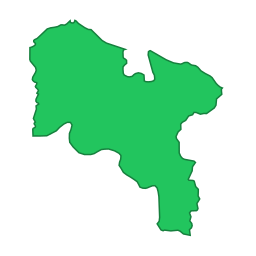 map outline of Aberdeenshire (Mercator projection), rotated 268°
{"feature_id": "GBR-2013", "entity_name": "Aberdeenshire", "entity_type": "Unitary District", "adm_level": 1, "iso_a3": "GBR", "parent_name": "United Kingdom", "parent_adm1": "", "projection": "mercator", "projection_center": [-2.632, 57.223], "detail": "fine", "context": "isolated", "style": "filled", "palette": "green", "viewbox_px": 256, "rotation_deg": 268, "n_neighbors": 0, "source": "natural_earth", "source_scale": "10m", "svg_char_len": 2950}
<svg xmlns="http://www.w3.org/2000/svg" viewBox="0 0 256 256"><g transform="rotate(268 128 128)"><path d="M123.3,32.8L130.1,32.8L130.9,33.2L131.9,35.2L133.0,35.6L134.2,35.2L135.1,34.5L136.0,34.4L137.1,35.6L140.8,33.8L150.0,37.1L153.3,36.9L155.0,39.6L155.9,39.3L156.7,37.8L158.1,36.9L160.0,37.1L165.0,39.7L165.8,38.2L166.7,38.5L167.6,39.4L168.8,39.7L170.0,39.0L171.9,37.2L172.8,36.9L174.9,38.2L176.2,38.5L176.8,37.6L177.1,36.4L177.9,35.4L178.9,34.5L179.8,34.1L182.1,34.6L186.8,37.5L189.0,38.3L191.8,37.7L198.2,32.8L199.9,32.3L211.8,32.8L211.9,33.5L212.5,35.3L213.4,37.1L214.4,38.3L215.7,38.4L217.5,36.8L218.8,36.9L219.5,37.7L220.7,40.4L229.8,50.7L230.8,54.1L231.2,57.8L231.8,61.3L233.4,64.5L233.4,65.7L233.0,68.2L234.1,70.4L237.2,73.9L235.6,74.1L234.9,75.6L235.0,77.3L236.0,78.2L237.4,78.7L236.7,79.9L234.2,82.1L229.8,88.2L227.9,91.7L227.6,94.5L216.4,105.1L213.6,109.4L206.7,127.9L206.3,126.4L206.0,126.1L204.1,125.6L201.8,125.6L200.5,125.6L199.1,125.6L197.9,126.1L196.9,127.7L195.7,128.9L194.3,128.9L192.7,128.9L191.1,126.8L189.3,125.2L186.8,125.0L182.8,125.2L181.0,126.1L180.0,128.0L179.3,129.3L179.0,131.2L179.5,134.1L180.9,135.5L182.1,137.3L182.8,140.3L182.0,143.3L180.4,145.8L177.1,145.9L174.5,145.9L173.7,147.4L173.4,149.8L173.6,153.0L174.3,155.3L175.7,156.4L177.2,156.4L179.9,156.2L182.8,154.8L185.9,154.1L189.6,153.2L192.7,152.5L197.4,151.4L200.3,150.7L203.5,151.1L204.2,152.0L204.5,152.8L204.5,153.0L194.8,168.6L191.5,175.7L190.0,182.8L190.4,184.4L191.0,185.6L191.5,187.1L191.5,189.5L191.0,190.6L189.0,193.2L188.6,194.2L187.9,197.7L186.3,199.9L182.6,202.9L179.8,207.0L177.2,211.7L175.4,213.8L169.5,217.6L167.6,219.3L165.7,221.5L164.7,223.7L163.6,222.7L161.5,222.7L158.4,222.9L154.0,217.5L147.7,216.7L145.0,214.9L139.7,207.0L139.9,204.4L139.3,200.8L141.1,196.8L141.3,194.5L139.0,193.0L137.9,189.0L133.6,185.9L131.8,182.4L130.0,180.8L124.8,180.8L122.3,177.9L117.8,175.7L115.6,176.1L111.9,178.6L101.3,178.3L97.8,179.7L95.7,181.4L94.7,183.4L92.6,192.8L91.2,194.2L87.0,191.1L82.9,190.6L74.6,186.4L73.7,187.0L73.3,191.1L72.6,192.3L67.1,193.6L64.3,196.1L61.7,196.0L57.6,195.7L54.6,197.2L50.1,194.2L45.1,195.1L43.7,194.5L43.0,193.6L43.0,188.2L41.0,186.5L37.1,187.8L33.0,186.5L30.3,188.4L28.1,188.7L26.0,187.9L24.3,185.9L18.6,186.4L20.2,179.7L23.2,176.3L24.1,174.3L23.7,167.2L24.7,160.8L24.1,159.5L25.0,157.4L31.2,153.8L33.7,155.9L37.6,156.5L44.8,156.5L52.7,156.5L58.2,156.5L63.3,155.9L67.1,155.0L69.4,153.0L69.4,150.4L68.3,147.2L67.5,145.2L67.1,143.4L67.4,140.5L68.5,137.9L71.2,136.7L74.0,135.3L76.5,132.1L79.0,128.6L81.2,125.1L83.8,121.9L88.6,119.3L91.0,117.8L94.2,118.4L97.0,119.6L99.4,119.9L100.9,119.9L103.1,118.1L105.7,113.7L107.7,107.9L107.7,104.1L107.4,100.6L105.5,96.8L103.6,93.3L102.8,89.8L103.0,83.6L105.0,78.1L111.0,72.5L115.7,69.3L119.8,69.0L124.6,69.3L128.5,71.0L132.9,72.2L135.6,70.7L135.8,67.5L134.2,64.0L131.0,59.6L127.7,56.3L123.1,46.6L123.1,39.3L123.3,34.4L123.3,32.8Z" fill="#22c55e" stroke="#15803d" stroke-width="1.5"/></g></svg>